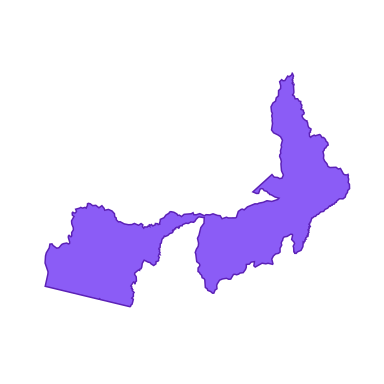 the district of Sonsón, Antioquia, Colombia, rotated 173°
{"feature_id": "7082276B57084429833663", "entity_name": "Sonsón", "entity_type": "district", "adm_level": 2, "iso_a3": "COL", "parent_name": "Colombia", "parent_adm1": "Antioquia", "projection": "robinson", "projection_center": [-75.103, 5.693], "detail": "fine", "context": "isolated", "style": "filled", "palette": "violet", "viewbox_px": 384, "rotation_deg": 173, "n_neighbors": 0, "source": "geoboundaries", "source_scale": "gbopen_adm2", "svg_char_len": 5968}
<svg xmlns="http://www.w3.org/2000/svg" viewBox="0 0 384 384"><g transform="rotate(173 192 192)"><path d="M267.5,85.7L266.7,86.3L266.5,87.1L265.2,87.9L264.4,89.7L263.3,92.7L264.7,94.0L262.9,95.5L262.6,98.3L261.7,99.4L263.3,101.3L262.7,102.3L263.2,102.7L263.1,103.4L263.8,103.7L263.3,105.1L264.2,106.2L261.0,109.8L260.2,109.4L259.8,107.4L259.2,109.5L258.0,110.4L257.7,114.6L259.0,117.2L258.7,118.5L254.7,121.1L253.6,120.6L253.3,121.7L252.0,122.0L251.1,123.4L250.0,127.3L247.8,130.2L244.2,127.8L242.2,127.0L241.4,125.7L239.0,123.7L236.6,125.0L236.1,127.3L234.5,127.4L233.5,128.0L233.4,129.4L232.4,131.2L233.2,132.1L232.9,133.3L232.1,134.2L231.5,133.9L231.9,135.0L231.1,135.8L231.6,137.0L231.1,138.6L231.9,139.5L231.6,140.2L230.5,140.6L229.8,144.5L228.7,145.1L227.8,148.1L226.9,149.6L225.9,149.9L224.9,151.6L224.1,151.1L221.2,151.9L219.3,153.4L216.7,153.9L215.6,154.9L216.0,156.2L215.4,156.6L214.7,156.3L213.6,157.7L212.8,157.4L212.5,158.5L211.1,158.9L209.6,157.7L209.0,158.2L209.1,159.3L208.4,159.2L208.0,159.8L207.0,160.0L206.0,159.6L205.2,160.8L201.8,161.8L199.6,161.2L196.8,162.4L193.9,161.7L193.3,162.5L192.4,162.8L191.4,164.3L188.9,166.2L187.8,166.4L183.0,165.0L183.9,159.5L187.6,155.6L190.4,148.1L192.2,145.4L191.7,140.4L192.4,137.4L194.6,134.7L196.2,131.5L195.8,130.0L195.8,122.3L193.5,120.0L193.1,118.5L193.7,117.2L195.2,115.9L195.7,112.3L194.4,111.2L193.9,109.7L192.6,108.2L192.4,105.7L190.6,104.6L190.0,103.2L190.4,95.6L188.8,94.1L188.3,92.4L185.7,91.0L184.0,89.1L182.7,88.9L181.0,91.9L179.0,92.9L178.9,96.2L178.3,97.5L175.4,101.1L172.3,102.0L168.3,102.1L166.2,100.9L164.2,100.8L160.9,105.1L159.4,105.1L157.8,104.4L155.7,104.8L154.2,105.7L151.0,105.7L148.4,108.5L147.3,110.6L146.9,113.5L143.9,113.4L141.8,115.2L138.5,115.3L139.6,111.2L138.4,109.8L131.1,112.8L127.5,111.7L125.2,112.0L120.8,110.4L120.4,111.0L121.0,115.7L119.0,118.6L116.6,120.3L113.6,120.6L111.9,121.7L111.5,125.4L109.4,128.4L109.7,130.4L108.9,132.1L108.0,132.8L107.4,134.8L106.0,136.2L103.0,136.3L99.1,138.1L97.5,137.6L97.5,136.5L98.9,132.7L96.7,129.6L96.5,128.2L98.2,125.9L97.9,124.3L98.2,120.1L97.6,119.9L97.5,118.6L96.1,118.4L94.7,119.7L90.9,120.8L88.6,124.2L87.7,128.8L87.0,128.2L86.6,129.1L85.6,129.7L85.8,130.5L85.2,131.4L84.6,131.4L84.9,131.9L84.6,132.8L83.1,133.6L83.0,134.4L82.3,134.0L82.1,134.4L82.2,135.7L81.7,136.0L82.0,136.5L80.8,137.8L81.3,139.3L80.7,139.6L81.2,140.6L80.1,141.2L80.2,143.0L79.5,142.8L79.2,143.6L79.2,143.1L78.8,143.3L79.8,145.8L79.1,146.0L78.5,147.6L77.9,147.8L76.3,151.5L75.6,151.5L73.7,152.8L72.3,152.8L70.6,154.4L69.2,154.5L66.8,156.5L63.7,156.7L62.1,158.5L59.3,159.4L57.2,161.4L56.4,161.0L55.2,162.0L54.4,161.9L54.2,162.6L52.1,162.8L51.2,164.2L50.1,164.2L49.4,165.4L46.5,167.3L42.9,166.8L40.5,168.3L39.6,170.7L37.8,172.5L37.3,174.5L35.2,176.1L34.8,180.4L35.8,182.4L34.9,185.7L35.3,187.9L34.8,189.2L35.0,190.5L36.1,190.1L38.0,190.4L39.4,191.3L41.8,197.3L44.0,197.0L46.0,199.0L52.2,199.5L54.0,200.9L54.6,203.6L56.5,206.4L57.4,209.3L56.7,212.5L57.1,216.1L55.8,217.3L55.1,219.1L53.7,219.6L52.9,221.0L51.1,222.0L51.3,224.4L52.9,226.4L53.1,227.8L54.0,229.3L55.1,230.2L56.3,230.2L57.6,232.9L58.4,233.5L62.8,232.8L63.8,233.6L66.8,232.6L67.5,231.8L68.5,232.9L68.4,236.2L67.1,237.1L67.2,238.1L66.4,239.0L66.2,240.1L68.2,241.7L68.8,243.8L68.9,247.1L69.4,248.0L69.2,248.5L70.5,249.1L72.5,251.2L73.5,253.4L73.3,254.8L71.4,255.8L71.0,257.0L71.6,258.2L71.5,259.6L73.8,260.7L73.6,261.6L72.7,262.2L72.8,264.1L72.3,264.8L73.4,266.6L73.0,268.6L74.6,269.2L75.8,271.7L78.3,271.9L78.8,274.7L80.3,275.8L80.3,276.4L79.4,276.9L78.7,278.6L78.3,285.4L77.6,285.9L77.8,286.8L78.6,286.6L79.3,287.7L79.0,288.3L78.4,288.5L78.7,289.0L78.4,290.3L78.9,291.0L77.8,292.5L77.9,293.2L77.1,294.7L78.1,298.3L78.1,297.3L79.2,295.8L81.6,294.6L82.9,295.4L86.2,291.3L88.1,291.3L89.3,292.6L91.6,290.8L91.0,286.7L91.5,283.8L93.7,282.2L94.5,276.9L96.9,275.2L98.0,272.0L100.8,270.5L103.2,266.9L103.3,262.1L102.6,260.4L103.6,257.8L103.3,255.1L103.8,253.4L103.7,250.2L105.5,243.9L103.8,240.8L99.5,238.0L97.4,236.1L95.9,232.3L97.9,227.5L97.6,225.8L99.2,222.1L99.2,219.5L100.4,218.1L100.7,216.6L99.9,213.9L99.6,211.2L100.3,209.1L100.6,202.2L99.2,197.7L101.1,194.7L103.5,194.7L105.2,196.0L108.6,196.7L110.5,199.6L131.6,184.7L128.2,182.7L126.1,182.5L124.0,186.6L122.5,186.9L121.3,186.5L120.2,184.6L117.5,183.4L116.7,181.9L115.5,181.2L115.3,180.1L113.7,179.6L110.4,177.0L106.4,175.3L107.9,174.1L113.9,172.9L118.7,174.2L122.5,173.1L126.8,172.8L128.5,172.2L131.0,172.6L138.8,170.5L142.4,167.9L144.1,168.9L145.3,168.8L148.4,167.1L151.0,161.5L151.8,161.0L159.1,161.8L160.9,162.8L165.4,161.8L167.0,165.1L169.4,165.6L173.8,167.8L177.0,167.1L180.8,167.8L182.6,166.9L186.9,169.6L190.6,168.9L193.0,169.3L193.5,171.3L195.4,170.5L202.6,170.8L205.4,168.9L207.4,170.6L208.9,170.5L209.7,172.1L212.4,174.1L215.4,175.1L216.7,174.8L217.5,173.7L220.7,172.3L222.9,169.9L226.8,168.7L227.2,166.7L227.9,165.4L227.9,164.0L229.5,163.8L229.8,164.7L232.2,165.2L232.5,164.0L235.0,163.1L236.3,164.7L237.8,163.9L238.2,164.6L238.6,164.4L238.4,163.5L238.8,163.9L239.3,163.3L240.2,163.4L240.7,162.7L243.4,163.1L244.3,162.0L245.4,163.6L244.8,165.4L246.4,166.9L249.1,165.5L253.0,167.8L255.8,167.0L259.1,167.3L263.1,168.6L267.0,171.3L268.7,171.3L270.5,173.7L270.4,175.5L271.7,176.8L271.6,179.9L273.7,182.9L277.1,184.9L280.8,184.5L281.3,186.6L283.1,189.4L286.3,187.7L289.1,190.5L292.3,190.6L294.4,192.7L296.3,193.4L297.2,193.0L297.4,191.5L299.0,188.9L300.1,189.8L302.5,189.3L304.3,190.3L305.6,189.7L309.6,189.1L309.0,186.9L310.2,185.5L311.8,185.6L312.7,186.5L313.5,185.8L313.6,183.6L312.1,182.1L315.1,178.0L315.2,175.0L314.2,171.1L314.4,168.8L316.4,166.4L316.7,163.3L317.1,162.5L317.8,162.4L319.3,164.0L320.1,163.3L320.3,161.8L319.5,157.3L319.8,155.8L320.9,155.5L322.6,156.6L326.0,156.4L327.7,155.8L330.9,152.9L333.1,152.7L336.4,155.8L337.3,157.6L339.4,157.6L340.5,153.9L344.0,149.4L345.2,146.4L346.5,139.4L344.6,130.4L345.0,128.2L349.2,116.3L297.2,96.8L296.6,97.3L296.1,96.4L267.5,85.7Z" fill="#8b5cf6" stroke="#5b21b6" stroke-width="1.5"/></g></svg>